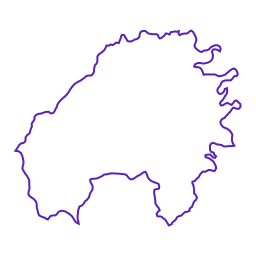 Cordisburgo, Minas Gerais, Brazil (Robinson projection)
{"feature_id": "56859067B649885654800", "entity_name": "Cordisburgo", "entity_type": "district", "adm_level": 2, "iso_a3": "BRA", "parent_name": "Brazil", "parent_adm1": "Minas Gerais", "projection": "robinson", "projection_center": [-44.174, -19.095], "detail": "fine", "context": "isolated", "style": "outline", "palette": "violet", "viewbox_px": 256, "rotation_deg": 0, "n_neighbors": 0, "source": "geoboundaries", "source_scale": "gbopen_adm2", "svg_char_len": 5102}
<svg xmlns="http://www.w3.org/2000/svg" viewBox="0 0 256 256"><path d="M168.9,225.4L171.6,224.2L172.5,222.2L174.4,221.0L175.8,219.4L177.2,217.1L179.1,216.1L181.3,215.6L183.1,213.7L185.0,212.1L187.4,211.7L189.5,210.9L189.7,208.5L191.8,207.0L192.7,205.0L193.4,203.1L194.2,201.4L195.8,200.1L197.0,197.7L195.9,195.3L194.0,193.1L194.2,190.0L193.7,187.2L193.4,185.1L192.4,183.6L192.4,181.7L194.6,181.1L196.7,178.8L198.5,177.4L199.6,175.3L200.9,173.4L202.8,171.6L205.1,171.7L206.7,171.1L208.6,169.9L210.9,170.1L212.5,170.8L214.6,171.0L216.0,168.6L216.0,166.7L215.2,165.0L214.3,163.0L212.8,160.9L210.7,159.5L209.3,158.4L207.6,157.8L205.6,157.2L205.4,155.3L207.7,154.6L210.0,154.5L211.6,155.9L213.2,157.6L215.2,157.8L216.1,156.2L214.5,155.1L213.6,152.6L211.0,151.8L210.0,149.7L209.9,145.5L211.4,143.4L213.2,142.9L215.0,143.5L217.1,144.4L219.5,144.7L221.6,145.0L223.3,146.3L225.4,146.5L227.4,146.3L229.1,146.0L231.5,146.2L234.3,145.7L233.1,143.7L232.2,141.8L231.9,139.8L232.0,137.4L232.4,135.1L231.7,133.3L230.2,131.2L228.4,129.6L226.2,128.3L223.6,127.3L222.0,125.8L220.7,123.8L220.4,121.7L221.3,120.0L222.7,118.6L224.5,118.0L225.6,116.5L227.1,115.0L228.5,113.5L230.4,111.5L231.6,109.5L233.4,107.6L235.5,108.3L237.4,108.9L239.1,108.6L240.6,106.5L240.3,104.0L238.4,102.3L236.5,100.5L234.6,101.0L233.1,103.1L231.6,104.9L229.7,104.0L227.3,102.9L225.1,103.8L223.0,105.3L221.0,105.4L219.9,103.6L221.0,101.5L222.8,99.9L224.0,97.9L225.2,95.9L226.8,93.7L227.2,90.6L227.0,88.2L224.8,89.0L224.3,90.7L223.2,92.4L221.4,93.8L219.6,93.9L218.1,92.8L217.3,90.5L217.9,88.4L219.2,86.9L220.7,84.8L221.4,82.9L222.6,81.3L225.1,80.5L228.3,80.3L230.7,80.4L232.5,78.5L234.4,76.1L236.4,76.2L237.7,74.8L237.2,71.9L236.1,70.0L234.5,68.6L232.7,68.8L231.3,69.7L229.7,70.7L228.3,72.0L226.7,73.3L225.3,74.5L223.1,75.4L221.1,75.9L218.7,76.3L216.0,74.8L214.3,74.4L212.2,74.5L209.6,74.4L207.1,74.5L205.4,74.3L203.6,74.8L202.8,72.1L201.4,69.2L199.7,67.6L198.1,67.2L196.0,67.2L194.2,66.5L195.1,64.3L197.7,63.0L200.9,63.0L202.9,63.6L205.2,63.3L207.6,62.7L209.3,62.0L211.2,60.6L212.7,58.0L213.0,54.9L211.9,51.9L213.0,49.6L215.1,49.3L217.4,49.8L219.9,51.3L220.7,48.8L219.7,46.4L217.3,45.2L215.1,45.3L213.0,46.0L210.7,47.4L209.2,49.1L207.6,50.1L205.6,50.4L203.6,50.8L201.8,51.9L200.0,51.6L198.4,50.5L196.6,49.1L195.4,47.9L194.4,45.7L195.4,43.0L196.3,40.5L196.2,38.5L195.4,36.3L194.2,33.9L192.9,31.7L191.1,30.6L189.5,31.5L188.1,32.8L186.5,33.6L184.2,33.5L181.5,34.2L179.6,35.1L178.5,33.7L178.8,31.1L176.5,31.8L174.8,31.4L173.1,31.8L170.7,32.2L169.6,34.5L167.5,33.7L165.7,33.5L164.2,35.8L161.8,37.6L159.9,38.5L158.6,37.2L158.1,35.2L156.5,34.2L154.6,34.2L152.8,34.2L150.4,33.9L148.2,33.4L146.8,32.2L145.2,30.9L142.5,31.0L140.4,32.2L139.7,34.2L139.5,36.2L138.7,37.8L136.7,39.1L134.3,39.7L132.1,41.2L129.5,41.5L127.7,41.1L126.3,38.9L125.1,37.0L124.0,35.0L122.0,34.8L121.1,36.4L120.6,38.5L119.7,40.7L118.8,43.0L116.2,42.6L114.6,43.9L112.6,45.1L110.4,44.5L108.5,45.8L106.5,45.5L105.6,47.8L104.2,50.2L102.5,51.7L101.0,52.8L99.6,53.8L98.2,55.0L97.4,56.6L97.4,59.2L97.2,62.2L96.2,64.0L94.9,65.3L94.2,68.1L94.0,71.5L93.0,74.0L91.2,75.5L88.3,75.5L86.2,76.2L84.6,77.7L82.2,79.4L80.0,80.9L78.2,81.7L76.6,82.7L75.0,83.7L73.4,85.3L71.7,87.3L70.3,89.3L68.9,91.7L66.9,94.5L64.9,96.5L62.9,98.1L61.5,99.4L59.9,101.0L58.4,102.9L57.4,104.6L57.0,106.5L55.6,109.0L54.4,111.5L53.0,113.2L50.6,113.4L48.6,111.8L46.2,111.9L43.6,112.6L41.4,113.5L38.7,113.8L36.2,114.8L34.5,117.0L34.4,119.6L33.1,121.5L31.7,123.6L31.9,126.4L31.0,128.4L30.1,131.4L29.4,133.6L27.1,135.1L25.6,137.3L25.6,139.6L25.0,141.8L23.2,143.1L21.0,143.4L18.9,145.4L17.3,148.1L15.4,150.8L18.3,151.2L20.7,152.7L22.1,155.4L22.9,158.5L23.5,161.3L23.4,164.1L22.6,166.5L22.5,169.1L23.7,171.1L25.0,173.3L27.0,176.0L28.4,178.4L29.3,180.9L29.2,184.0L29.5,187.4L29.3,189.7L28.6,191.6L28.3,194.1L29.7,196.3L31.4,197.4L32.8,198.3L34.4,199.7L35.9,201.5L36.7,203.9L36.8,207.8L37.6,210.5L38.1,212.9L39.1,215.4L41.0,216.3L42.6,217.1L44.9,217.8L46.2,218.8L47.8,219.5L49.1,217.8L50.5,216.0L52.9,215.4L55.1,215.4L56.8,214.3L58.0,212.4L59.6,211.3L61.1,210.9L62.8,210.9L65.0,211.3L67.2,212.6L69.2,213.8L70.9,215.2L72.4,216.8L73.6,218.8L74.8,220.8L76.4,222.5L78.7,223.7L78.3,221.3L77.6,218.8L77.6,215.5L78.0,213.2L78.1,210.9L78.8,208.3L79.7,206.3L82.0,205.5L83.8,203.5L84.9,201.5L87.1,199.6L88.7,197.8L89.5,195.5L90.0,193.6L91.1,191.8L92.3,189.9L92.7,187.7L92.3,185.1L90.7,182.5L90.0,180.2L91.3,178.9L93.1,178.8L95.1,178.7L96.8,178.4L98.3,177.8L99.9,177.2L102.2,176.0L104.2,174.5L106.3,174.4L108.7,173.9L111.0,173.3L113.5,173.4L116.9,173.6L118.7,173.7L121.0,173.9L123.0,174.1L125.6,174.5L127.0,175.7L128.1,177.1L129.3,178.5L130.7,179.3L133.0,179.0L135.7,177.3L137.6,175.9L139.2,175.3L141.2,174.1L143.1,172.5L145.4,171.8L146.9,174.3L147.8,177.2L149.1,179.2L151.2,180.9L153.3,181.9L155.0,182.6L157.1,183.2L158.6,184.1L159.3,186.1L158.9,188.6L156.9,189.1L154.5,189.7L154.0,192.2L154.4,194.4L154.9,197.7L155.3,200.7L155.4,203.5L157.0,206.0L158.7,208.1L159.7,210.3L158.0,211.7L156.6,213.9L157.4,216.2L159.8,216.5L161.5,216.7L163.4,218.4L165.1,219.5L166.2,221.0L167.3,222.9L168.9,225.4Z" fill="none" stroke="#5b21b6" stroke-width="2"/></svg>